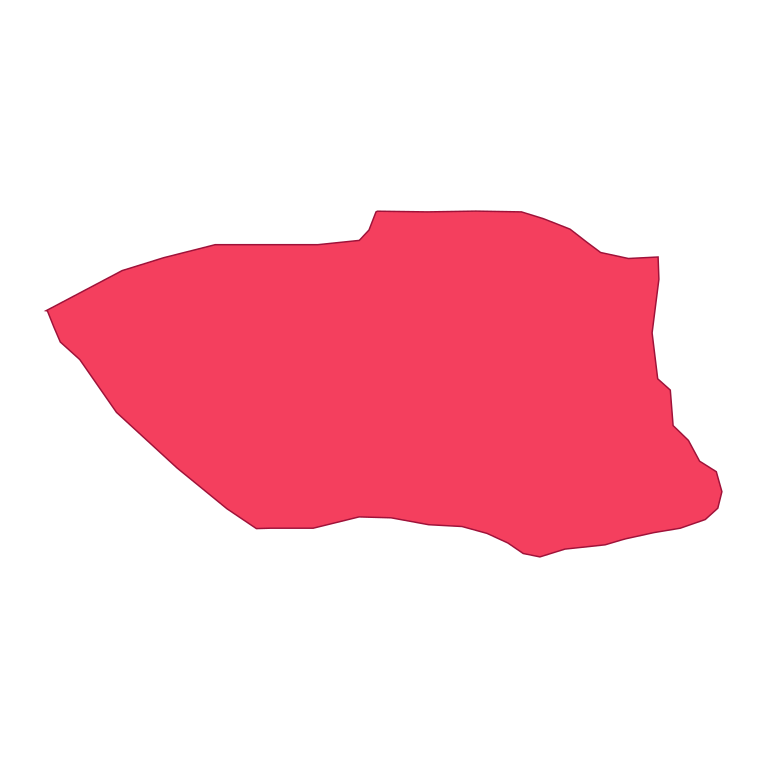 the district of Ockelbo, Gävleborg, Sweden
{"feature_id": "70781695B90060355953602", "entity_name": "Ockelbo", "entity_type": "district", "adm_level": 2, "iso_a3": "SWE", "parent_name": "Sweden", "parent_adm1": "Gävleborg", "projection": "robinson", "projection_center": [16.627, 60.941], "detail": "fine", "context": "isolated", "style": "filled", "palette": "rose", "viewbox_px": 768, "rotation_deg": 0, "n_neighbors": 0, "source": "geoboundaries", "source_scale": "gbopen_adm2", "svg_char_len": 786}
<svg xmlns="http://www.w3.org/2000/svg" viewBox="0 0 768 768"><path d="M46.1,310.7L47.4,310.9L53.9,327.1L60.3,342.0L79.8,359.6L116.5,412.4L177.2,468.1L227.0,508.8L256.4,528.6L270.1,528.2L313.2,528.2L359.1,516.9L391.1,517.8L428.6,524.7L462.0,526.5L487.0,533.4L507.9,543.0L523.2,553.5L539.9,556.9L564.9,549.1L605.2,544.8L621.7,539.9L626.1,538.7L653.9,532.6L680.3,528.2L705.3,519.5L717.8,508.2L721.9,491.7L716.3,471.7L699.6,461.2L688.4,440.4L673.1,425.6L670.3,390.1L657.7,378.8L652.1,332.9L658.9,279.3L658.1,257.0L628.4,258.5L600.6,252.5L586.7,242.1L570.1,229.2L543.7,218.8L521.5,211.9L475.8,211.1L427.3,211.9L377.4,211.2L376.0,211.9L369.0,230.0L359.3,240.4L317.7,244.7L262.2,244.7L215.1,244.7L163.7,257.7L122.1,270.6L46.1,310.7Z" fill="#f43f5e" stroke="#9f1239" stroke-width="1.5"/></svg>